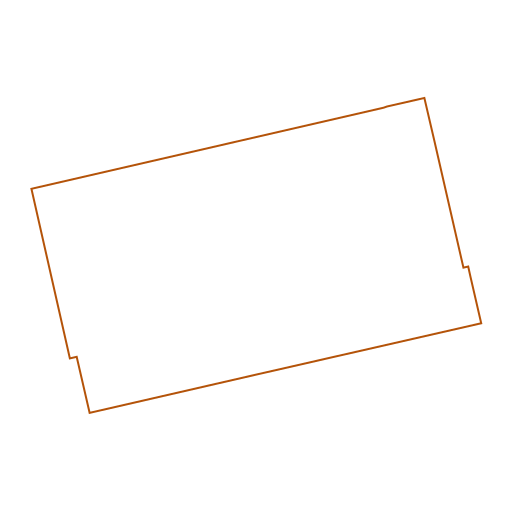 Custer, Oklahoma, United States of America, rotated 347°
{"feature_id": "52423323B24972944108066", "entity_name": "Custer", "entity_type": "district", "adm_level": 2, "iso_a3": "USA", "parent_name": "United States of America", "parent_adm1": "Oklahoma", "projection": "mercator", "projection_center": [-98.896, 35.638], "detail": "fine", "context": "isolated", "style": "outline", "palette": "amber", "viewbox_px": 512, "rotation_deg": 347, "n_neighbors": 0, "source": "geoboundaries", "source_scale": "gbopen_adm2", "svg_char_len": 353}
<svg xmlns="http://www.w3.org/2000/svg" viewBox="0 0 512 512"><g transform="rotate(347 256 256)"><path d="M455.6,139.9L417.3,139.8L413.8,140.2L52.3,140.0L51.6,313.9L58.6,313.9L58.6,342.5L58.6,371.4L231.0,371.6L460.3,372.2L460.3,324.2L460.4,314.0L455.5,314.0L455.5,304.4L455.7,185.1L455.6,139.9Z" fill="none" stroke="#b45309" stroke-width="2"/></g></svg>